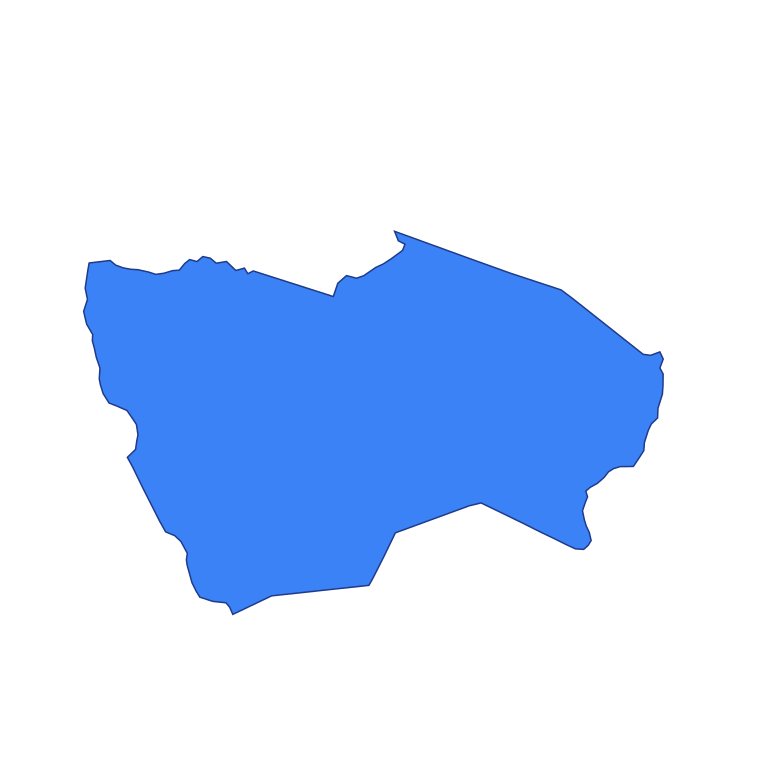 Palmeira dos Índios, Alagoas, Brazil, rotated 335°
{"feature_id": "56859067B22177061917050", "entity_name": "Palmeira dos Índios", "entity_type": "district", "adm_level": 2, "iso_a3": "BRA", "parent_name": "Brazil", "parent_adm1": "Alagoas", "projection": "mercator", "projection_center": [-36.61, -9.412], "detail": "fine", "context": "isolated", "style": "filled", "palette": "blue", "viewbox_px": 768, "rotation_deg": 335, "n_neighbors": 0, "source": "geoboundaries", "source_scale": "gbopen_adm2", "svg_char_len": 1743}
<svg xmlns="http://www.w3.org/2000/svg" viewBox="0 0 768 768"><g transform="rotate(335 384 384)"><path d="M167.9,149.7L163.9,155.4L153.7,170.8L151.0,182.0L142.5,191.2L141.2,197.2L139.8,204.2L140.9,216.1L137.9,221.6L136.7,228.7L134.5,238.4L133.3,249.5L128.1,259.0L126.6,265.0L125.4,274.2L126.8,285.1L132.1,290.6L139.8,299.3L141.6,309.6L142.5,316.1L139.5,326.2L136.0,330.9L131.2,338.3L120.4,342.0L121.1,352.9L121.5,376.8L122.7,413.6L123.6,425.7L130.3,433.1L133.4,440.9L134.2,454.3L130.6,459.8L129.0,465.1L126.0,483.0L126.2,492.3L127.0,499.4L137.0,508.7L148.3,515.5L149.8,521.1L149.6,528.9L192.6,528.5L243.6,545.9L285.2,560.1L290.3,556.5L295.9,552.2L311.4,540.0L331.4,523.7L409.8,530.4L421.7,532.8L451.0,568.8L458.8,578.7L464.8,586.2L469.1,591.4L472.8,595.9L477.1,601.3L481.0,606.2L487.8,614.3L495.1,618.3L500.9,616.5L505.6,613.4L507.3,605.4L507.3,598.0L508.2,591.7L510.3,582.8L516.5,576.3L520.8,572.3L521.6,566.4L527.2,564.8L535.4,564.2L544.0,561.7L550.3,558.5L556.2,557.7L563.2,558.7L568.4,561.1L575.2,564.1L583.8,558.9L591.3,554.2L595.3,547.1L604.1,537.5L609.4,533.2L617.6,530.4L622.1,521.7L632.0,510.9L636.3,503.1L641.2,492.9L640.8,486.1L647.6,479.4L647.6,471.5L637.8,470.7L631.4,466.6L591.0,386.1L584.3,373.6L545.2,336.8L510.3,302.2L499.1,291.0L458.1,250.1L457.5,260.3L462.1,266.2L457.2,270.8L443.2,273.6L434.0,274.9L425.7,274.9L411.4,277.3L403.8,276.5L395.8,269.9L384.7,273.2L379.8,278.3L375.0,283.3L338.0,249.1L313.3,226.3L307.2,226.5L306.5,220.0L297.7,218.5L293.0,206.4L283.0,203.6L279.7,196.5L273.6,191.9L266.3,194.0L260.4,189.1L254.3,190.6L246.6,194.3L240.3,191.9L231.4,190.6L223.5,188.2L217.9,183.0L209.3,176.4L203.0,173.0L196.8,168.6L191.0,162.8L188.0,156.3L167.9,149.7Z" fill="#3b82f6" stroke="#1e3a8a" stroke-width="1.5"/></g></svg>